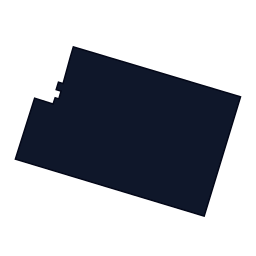 outline of Duval, Texas, United States of America, rotated 107°
{"feature_id": "52423323B38482742195031", "entity_name": "Duval", "entity_type": "district", "adm_level": 2, "iso_a3": "USA", "parent_name": "United States of America", "parent_adm1": "Texas", "projection": "mercator", "projection_center": [-98.531, 27.66], "detail": "fine", "context": "isolated", "style": "filled", "palette": "ink", "viewbox_px": 256, "rotation_deg": 107, "n_neighbors": 0, "source": "geoboundaries", "source_scale": "gbopen_adm2", "svg_char_len": 344}
<svg xmlns="http://www.w3.org/2000/svg" viewBox="0 0 256 256"><g transform="rotate(107 128 128)"><path d="M190.0,29.4L168.3,29.4L65.3,29.5L66.4,204.0L76.9,203.9L104.5,203.1L104.5,207.9L112.3,207.9L112.3,202.8L120.4,202.7L120.4,206.5L127.0,206.7L126.8,226.0L190.7,226.6L190.0,29.4Z" fill="#0f172a" stroke="#020617" stroke-width="1.5"/></g></svg>